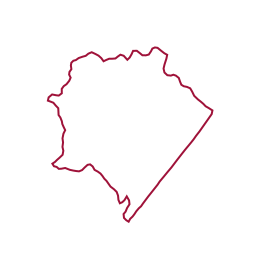 outline of Volta Grande, Minas Gerais, Brazil, rotated 334°
{"feature_id": "56859067B41040973074583", "entity_name": "Volta Grande", "entity_type": "district", "adm_level": 2, "iso_a3": "BRA", "parent_name": "Brazil", "parent_adm1": "Minas Gerais", "projection": "robinson", "projection_center": [-42.568, -21.764], "detail": "fine", "context": "isolated", "style": "outline", "palette": "rose", "viewbox_px": 256, "rotation_deg": 334, "n_neighbors": 0, "source": "geoboundaries", "source_scale": "gbopen_adm2", "svg_char_len": 1907}
<svg xmlns="http://www.w3.org/2000/svg" viewBox="0 0 256 256"><g transform="rotate(334 128 128)"><path d="M87.5,212.5L90.1,210.6L93.3,209.6L95.9,208.3L98.9,206.5L102.5,204.9L105.4,204.1L108.4,202.4L111.9,200.6L116.2,198.4L120.0,196.6L127.1,193.2L129.8,191.9L133.0,190.0L138.6,187.5L144.7,184.7L149.7,182.5L158.2,178.2L162.9,175.9L169.5,172.7L177.9,168.9L181.9,167.0L185.7,164.9L190.8,162.4L209.3,152.2L211.6,149.2L209.2,145.3L207.3,142.5L206.3,139.3L205.0,136.3L203.4,133.0L201.6,128.1L201.6,123.4L201.3,119.6L199.0,116.9L196.4,114.9L194.9,112.5L195.1,109.2L195.6,105.3L194.0,101.9L192.1,100.0L189.5,99.7L186.5,97.8L185.1,94.1L186.0,90.2L188.6,87.0L190.7,84.8L192.9,82.5L195.3,79.4L193.4,76.7L191.6,73.0L189.7,68.9L187.5,67.4L184.7,67.3L182.2,69.2L178.9,71.1L175.9,70.5L172.8,68.9L171.6,66.2L169.8,62.5L166.4,60.9L163.5,63.3L160.4,65.4L157.3,66.4L155.8,61.2L153.3,58.8L150.2,59.3L147.2,60.0L144.4,58.9L141.5,57.5L138.2,57.3L135.3,57.3L134.6,53.4L133.2,50.0L131.1,47.1L128.6,44.0L125.0,43.8L121.6,44.6L118.4,44.0L114.3,43.5L110.9,44.1L108.4,43.6L105.7,44.5L104.1,46.7L102.9,50.3L100.0,51.9L98.5,54.2L98.5,57.6L95.9,59.8L91.9,61.7L88.6,62.2L85.6,63.8L83.7,67.8L80.0,68.5L77.8,67.1L74.5,64.6L70.1,65.7L68.0,68.3L70.1,70.5L72.0,72.6L72.9,76.2L74.0,79.6L72.6,82.9L71.3,85.9L71.8,88.9L71.5,92.9L70.7,95.7L70.6,98.9L70.6,102.4L67.5,104.8L64.6,108.6L63.3,112.5L60.8,116.3L59.9,120.1L57.5,123.4L53.4,124.7L50.1,125.6L47.5,126.5L44.4,126.9L44.7,129.9L46.8,131.7L47.9,134.4L50.3,135.4L54.0,136.4L57.4,140.1L60.2,142.3L62.6,144.0L65.0,145.5L68.3,145.7L71.7,144.5L75.5,143.4L78.0,144.1L79.4,147.1L79.6,151.0L81.7,153.9L83.3,156.9L84.0,159.8L84.5,163.2L85.5,166.1L86.0,169.3L86.6,173.0L88.5,176.8L89.8,180.5L89.4,184.4L87.9,188.4L87.7,192.1L90.3,192.2L93.2,191.3L96.9,188.9L97.2,193.6L95.9,197.2L92.1,199.5L89.2,202.1L86.3,203.4L85.0,207.0L86.0,210.1L87.5,212.5Z" fill="none" stroke="#9f1239" stroke-width="2"/></g></svg>